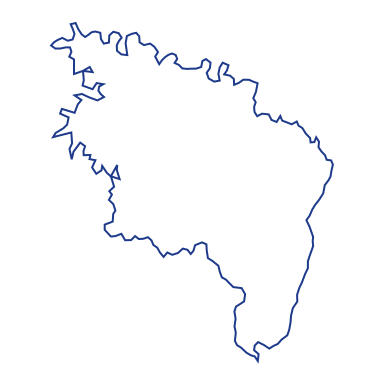 the district of Almirante Tamandaré do Sul, Rio Grande do Sul, Brazil
{"feature_id": "56859067B35776288665793", "entity_name": "Almirante Tamandaré do Sul", "entity_type": "district", "adm_level": 2, "iso_a3": "BRA", "parent_name": "Brazil", "parent_adm1": "Rio Grande do Sul", "projection": "mercator", "projection_center": [-52.924, -28.143], "detail": "fine", "context": "isolated", "style": "outline", "palette": "blue", "viewbox_px": 384, "rotation_deg": 0, "n_neighbors": 0, "source": "geoboundaries", "source_scale": "gbopen_adm2", "svg_char_len": 3117}
<svg xmlns="http://www.w3.org/2000/svg" viewBox="0 0 384 384"><path d="M154.3,46.7L150.1,43.6L144.0,45.1L139.6,42.3L139.2,36.3L136.2,32.8L131.9,33.8L126.9,36.0L125.6,43.2L126.5,49.6L127.3,55.1L121.4,54.4L117.0,50.8L116.8,45.2L118.8,41.2L121.6,37.6L118.6,33.1L113.3,31.8L109.3,35.4L108.9,42.6L103.8,43.6L101.0,39.1L100.3,32.8L95.2,31.5L91.5,32.3L88.5,34.8L85.1,37.0L81.6,34.3L78.2,29.0L75.6,23.0L70.7,24.2L72.8,29.1L74.5,34.1L72.6,39.5L67.7,40.7L62.3,37.9L57.4,40.1L54.0,42.3L51.1,45.5L55.3,48.5L60.4,48.5L65.7,47.4L70.0,47.4L71.4,51.8L69.3,56.7L74.0,59.4L74.0,74.0L83.0,70.9L83.8,80.3L82.6,85.6L92.6,89.2L96.6,83.1L103.3,84.2L99.2,86.5L98.4,90.6L100.6,94.0L104.0,97.0L97.4,100.4L88.5,97.1L82.0,94.0L74.6,95.4L81.4,100.0L77.8,104.4L74.6,112.8L61.9,108.9L60.1,113.6L68.6,117.4L67.1,124.7L63.2,128.4L55.6,133.0L53.1,137.1L71.3,132.5L72.1,143.3L69.5,149.0L71.7,159.3L73.5,151.7L80.2,142.6L85.1,146.2L83.5,151.0L83.7,155.2L90.4,155.0L89.5,159.1L95.4,160.2L92.1,167.5L96.3,173.8L101.5,170.3L102.2,165.9L107.0,173.0L110.9,176.3L114.1,186.7L109.3,191.2L111.9,194.6L108.9,199.9L113.3,204.1L115.4,210.6L113.2,214.0L112.7,221.6L104.7,224.6L104.7,229.8L110.9,236.5L115.4,236.1L121.4,233.8L125.1,240.2L131.1,240.1L135.1,236.1L138.8,239.0L143.1,238.8L147.9,237.2L151.5,240.4L153.4,245.0L157.3,247.7L159.8,252.3L163.6,256.9L167.3,252.5L172.3,254.8L178.0,253.0L182.8,248.6L187.5,249.8L190.7,254.0L193.4,250.9L195.1,245.2L202.0,242.4L206.4,244.3L206.7,250.2L207.9,258.1L212.5,261.0L218.4,265.8L219.7,271.4L221.8,277.3L225.9,279.6L229.3,283.1L233.3,287.1L241.6,288.1L245.1,294.2L244.1,301.4L239.2,304.6L236.0,306.6L234.4,311.5L235.6,318.8L234.5,326.3L235.8,332.7L234.9,340.8L237.0,345.1L241.0,347.6L246.5,352.7L250.7,355.2L254.7,356.4L257.8,361.0L258.6,354.1L254.1,350.2L254.7,345.6L258.1,342.1L264.1,345.1L269.3,348.6L273.5,345.9L277.7,344.0L281.6,339.6L287.3,335.3L289.2,329.8L290.5,322.6L291.1,315.3L292.9,308.0L297.3,301.6L297.1,294.7L299.5,287.4L301.8,282.8L305.1,274.0L307.9,268.2L307.9,261.2L309.7,255.7L311.7,250.2L313.1,246.2L312.7,241.1L313.1,236.9L311.3,231.7L309.5,226.6L306.4,220.2L309.6,215.7L312.3,209.5L315.1,204.9L319.4,199.4L323.2,193.4L324.8,185.1L328.4,180.4L330.5,176.6L331.5,170.5L332.9,164.6L331.1,160.4L326.7,159.8L325.0,155.2L321.3,151.3L318.5,147.2L319.0,141.8L316.2,137.3L314.3,142.1L310.6,142.4L310.1,138.0L305.8,133.6L302.4,128.1L298.5,125.6L296.8,121.5L291.7,124.3L286.9,122.4L282.2,120.6L280.3,116.0L276.6,122.0L271.5,119.9L268.7,114.4L262.0,113.7L257.2,116.2L254.5,111.9L254.1,106.9L255.7,102.2L253.3,98.2L255.9,92.0L257.6,83.2L253.3,81.7L249.1,79.8L243.3,79.7L238.8,82.9L234.1,84.8L233.9,79.0L230.1,75.7L224.2,74.4L226.9,70.5L228.5,65.2L222.7,62.7L219.7,67.4L218.4,73.9L219.7,80.6L214.2,81.6L208.7,78.5L206.7,72.8L209.9,68.2L210.5,62.6L206.0,59.1L202.4,61.0L201.2,67.0L196.2,68.6L190.9,68.7L186.7,68.9L182.3,68.4L179.0,65.0L174.6,62.9L177.2,59.0L175.7,55.0L171.9,53.5L168.3,54.9L165.0,57.2L162.0,60.2L159.2,64.2L155.2,56.6L158.0,52.1L154.3,46.7ZM110.9,176.3L117.2,165.0L116.8,170.0L119.6,179.1L110.9,176.3ZM83.0,70.9L89.7,67.0L92.6,72.1L83.0,70.9Z" fill="none" stroke="#1e3a8a" stroke-width="2"/></svg>